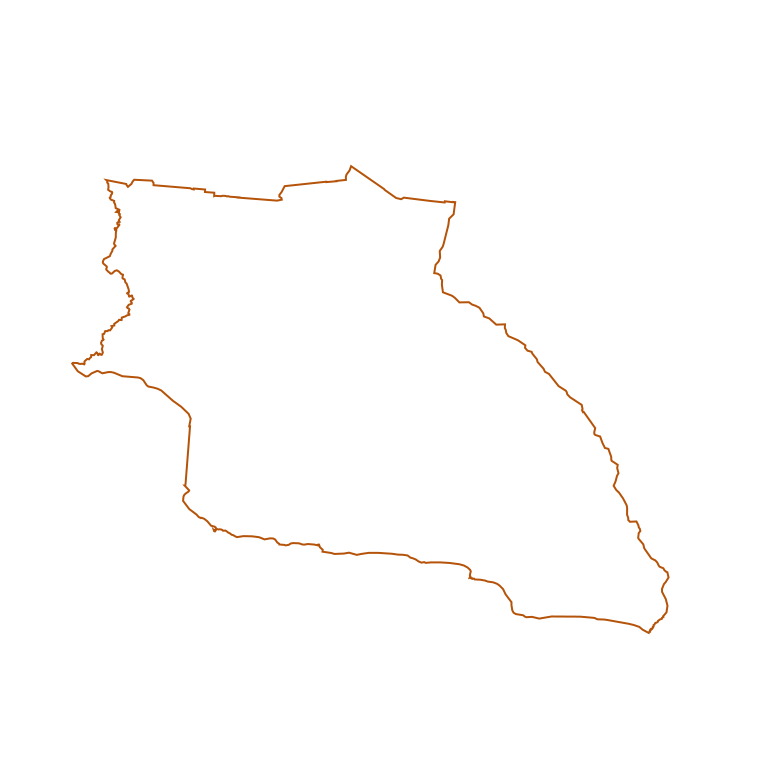 Onkaparinga, South Australia, Australia, rotated 278°
{"feature_id": "25037944B62747843124796", "entity_name": "Onkaparinga", "entity_type": "district", "adm_level": 2, "iso_a3": "AUS", "parent_name": "Australia", "parent_adm1": "South Australia", "projection": "albers", "projection_center": [138.568, -35.187], "detail": "fine", "context": "isolated", "style": "outline", "palette": "amber", "viewbox_px": 768, "rotation_deg": 278, "n_neighbors": 0, "source": "geoboundaries", "source_scale": "gbopen_adm2", "svg_char_len": 6060}
<svg xmlns="http://www.w3.org/2000/svg" viewBox="0 0 768 768"><g transform="rotate(278 384 384)"><path d="M537.9,83.8L536.6,86.3L536.4,87.8L535.8,88.2L534.3,88.1L532.9,87.2L531.2,87.3L530.4,86.5L529.7,86.7L528.5,88.1L527.8,91.3L526.0,91.5L525.4,92.2L524.0,92.9L520.8,93.9L519.7,97.7L519.0,97.7L518.1,95.6L517.1,94.9L517.2,97.7L515.8,97.7L515.4,98.8L514.4,98.4L512.5,100.0L509.3,98.6L507.8,99.6L507.2,98.0L506.4,97.4L505.1,97.8L504.8,98.3L505.2,99.6L504.7,99.8L501.2,97.8L500.9,97.3L501.0,95.9L500.5,95.6L498.9,96.4L498.8,96.8L499.3,97.5L499.0,97.6L496.4,97.4L491.8,98.0L485.6,97.1L484.5,97.6L483.8,98.8L483.4,99.0L479.5,96.3L478.1,96.5L475.1,95.3L472.4,94.7L468.7,89.3L466.3,88.6L465.0,88.7L463.9,89.7L461.9,93.0L461.1,93.3L459.2,92.9L458.6,93.1L456.8,95.4L456.1,96.8L455.4,97.4L455.2,98.0L455.5,99.2L458.5,101.7L459.4,103.6L458.5,105.8L456.2,108.7L455.9,110.3L452.7,110.2L452.1,110.7L451.5,112.6L448.6,113.8L447.7,115.1L442.3,117.9L439.8,118.7L439.3,118.5L438.6,117.2L437.9,117.1L437.4,118.5L435.2,119.4L435.2,120.0L436.4,121.5L436.4,122.2L434.5,122.9L433.4,124.2L432.4,123.4L431.1,121.7L430.6,121.7L429.2,123.0L428.4,123.0L426.9,120.2L424.3,118.8L423.5,119.5L423.2,120.8L422.3,121.6L418.6,120.9L417.8,122.1L417.1,122.2L416.1,119.8L414.8,118.2L413.3,115.1L410.8,115.2L410.7,112.7L409.5,112.2L406.0,108.5L404.4,108.8L403.4,106.1L402.2,107.0L399.0,105.3L398.9,103.6L397.9,102.9L397.6,100.6L394.7,99.8L394.1,98.4L390.2,99.1L389.0,100.1L388.5,99.9L387.7,98.6L385.3,98.1L384.3,98.4L382.7,100.2L379.3,99.8L376.0,101.2L373.7,100.5L373.5,99.9L374.5,98.2L374.3,97.8L372.9,97.3L372.9,96.8L375.1,95.4L375.3,94.8L372.2,92.8L371.9,90.0L369.9,90.2L368.6,89.0L367.4,88.5L367.5,86.6L365.0,84.5L364.1,84.2L362.6,84.7L361.8,84.5L362.1,82.2L361.6,80.6L361.6,78.8L362.1,77.9L361.7,73.5L361.5,72.8L360.8,72.4L354.0,79.0L350.0,87.7L350.6,90.0L353.8,92.9L357.0,98.1L356.9,99.6L355.4,103.6L357.5,109.5L357.8,112.2L357.6,115.0L355.3,123.8L356.2,139.5L355.9,142.1L354.3,145.1L349.7,149.2L348.7,150.9L348.4,156.3L347.8,160.4L346.6,164.3L338.0,177.3L333.2,186.4L327.3,194.6L322.8,197.4L315.0,197.0L315.1,197.8L258.8,201.3L255.8,201.4L255.7,200.7L251.5,205.9L250.4,205.5L247.8,202.7L246.1,201.5L244.4,201.1L240.3,201.3L233.0,208.6L228.7,216.4L226.4,219.2L225.8,221.2L226.1,221.4L226.1,222.1L225.5,224.7L223.5,228.1L219.6,232.5L219.2,235.7L218.4,235.7L219.1,236.0L218.6,237.2L217.6,237.9L215.2,236.6L215.8,235.7L214.6,236.3L214.5,237.1L217.2,238.5L216.9,240.3L217.3,241.6L217.2,243.2L217.0,244.2L216.3,245.0L216.8,247.3L216.0,249.1L215.2,250.3L214.7,252.1L213.5,254.1L213.3,256.1L212.7,257.0L211.9,259.7L213.8,266.0L214.8,274.5L214.9,281.6L213.5,287.3L215.3,292.7L215.6,295.6L214.9,297.8L212.1,300.5L211.3,302.3L210.5,302.7L210.8,307.6L210.5,309.1L211.5,312.1L213.0,313.7L213.8,316.0L214.4,322.0L213.7,325.6L213.9,327.7L214.9,330.6L215.3,336.9L215.1,340.1L215.9,341.3L215.9,341.9L214.9,341.7L214.8,342.6L213.5,343.2L211.3,346.4L209.4,346.4L209.3,355.3L208.8,358.5L210.5,367.9L212.1,372.8L211.0,380.8L212.6,385.3L214.6,392.2L216.0,402.0L217.0,415.5L217.0,421.6L217.5,426.4L217.5,431.2L215.7,434.4L215.5,436.5L214.7,439.8L213.1,442.9L212.3,446.1L213.2,448.5L212.7,450.3L213.8,455.0L215.2,465.0L215.9,473.6L216.0,483.8L215.4,488.3L213.9,492.3L211.9,495.2L210.5,496.0L206.7,495.6L205.8,496.1L204.0,495.7L204.5,496.8L203.8,497.1L204.0,498.1L203.3,498.5L203.8,500.2L203.1,500.9L203.6,506.8L203.4,511.6L202.8,514.2L202.8,519.7L201.9,523.7L200.5,526.5L197.4,530.5L192.6,533.7L185.7,540.6L182.7,541.0L177.6,542.6L175.5,544.2L174.5,546.7L174.4,553.5L174.1,554.6L173.3,555.6L172.9,557.6L174.0,562.9L173.3,570.4L177.1,582.3L180.9,610.6L181.6,623.6L181.6,625.2L180.7,628.0L181.4,634.7L181.4,638.0L180.6,659.7L180.1,664.9L179.0,670.6L176.7,674.3L174.3,680.8L175.4,681.2L175.6,681.8L176.5,681.5L176.9,681.6L176.9,682.0L177.8,682.0L177.9,682.7L178.6,682.6L178.7,683.5L179.6,683.6L180.0,684.2L180.7,684.1L180.7,684.5L181.3,684.7L182.8,684.5L183.3,685.2L185.2,686.0L185.5,687.0L186.8,688.4L187.7,688.4L189.4,690.3L190.1,691.8L191.2,691.9L192.1,693.1L192.8,692.7L197.1,695.5L203.8,695.6L210.2,693.0L216.8,688.3L219.7,687.8L224.9,689.1L227.0,690.5L232.0,692.7L237.0,690.8L237.4,689.5L238.6,687.6L240.4,686.3L241.4,682.4L242.3,681.4L245.3,679.4L247.1,677.2L248.5,673.0L257.5,664.6L261.3,663.1L266.4,657.4L267.3,657.1L271.8,657.0L274.1,658.3L276.4,657.4L277.4,656.3L279.4,655.6L283.0,653.1L281.8,646.7L283.3,644.8L285.4,644.5L288.3,642.9L295.2,642.0L297.6,641.2L303.9,636.7L309.2,631.8L311.3,628.8L315.1,625.6L320.0,626.9L325.3,627.5L328.3,628.6L333.2,626.6L336.5,626.7L339.6,620.1L340.8,619.6L343.6,619.1L351.0,615.2L351.4,611.7L355.9,608.6L362.1,605.3L362.9,600.4L363.7,599.3L365.5,598.9L369.7,599.3L384.2,585.6L383.8,585.0L385.7,583.7L386.9,584.1L390.8,582.7L396.7,570.2L399.2,567.0L401.3,566.1L402.6,565.1L406.2,557.2L416.9,546.0L418.5,541.7L421.3,539.9L427.2,533.0L429.8,531.9L434.8,526.6L436.4,525.7L437.0,521.4L439.5,518.6L442.0,518.6L446.0,510.4L448.7,500.5L451.4,498.1L454.8,496.9L456.1,495.9L459.9,495.5L458.4,486.9L463.6,479.1L464.8,473.5L467.8,472.5L472.8,467.9L474.2,463.9L474.9,460.2L476.8,456.7L475.3,447.3L479.1,442.3L480.4,440.0L481.0,438.6L483.0,429.6L490.4,427.5L495.0,427.1L496.2,425.9L499.3,424.9L500.7,421.8L500.8,418.3L509.2,418.5L512.9,421.0L517.0,422.0L523.5,420.7L528.1,423.0L530.7,423.5L550.2,425.6L556.8,425.5L561.7,429.3L574.0,429.2L573.9,427.1L573.6,427.1L573.4,418.8L572.2,418.8L571.7,404.1L571.3,377.7L569.4,375.3L569.9,370.1L576.4,357.5L577.0,357.1L595.1,321.1L590.7,320.2L586.2,317.7L583.6,317.4L580.8,317.9L578.5,308.7L578.2,308.8L575.9,298.8L576.3,298.7L566.1,258.1L559.9,255.9L556.7,254.1L555.0,254.3L553.8,256.6L552.3,257.1L550.7,252.6L548.3,213.8L548.6,214.0L548.0,205.1L548.3,203.5L547.9,202.5L548.2,200.9L547.9,197.8L547.3,196.6L546.8,190.4L546.4,189.7L549.8,189.3L549.2,180.0L551.7,179.8L551.1,168.4L550.2,168.5L550.3,166.5L550.9,165.1L548.8,128.1L551.0,127.8L553.1,126.0L551.5,108.2L549.5,106.9L546.9,106.0L543.6,103.0L545.2,101.4L546.2,100.9L547.3,80.6L546.3,81.9L544.9,81.9L543.9,83.1L540.6,83.8L537.9,83.8Z" fill="none" stroke="#b45309" stroke-width="2"/></g></svg>